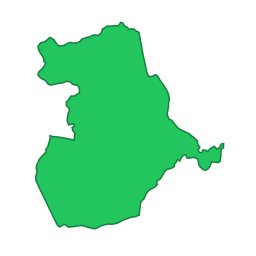 the district of Itaboraí, Rio de Janeiro, Brazil, rotated 185°
{"feature_id": "56859067B95798270573733", "entity_name": "Itaboraí", "entity_type": "district", "adm_level": 2, "iso_a3": "BRA", "parent_name": "Brazil", "parent_adm1": "Rio de Janeiro", "projection": "equal_earth", "projection_center": [-42.864, -22.756], "detail": "fine", "context": "isolated", "style": "filled", "palette": "green", "viewbox_px": 256, "rotation_deg": 185, "n_neighbors": 0, "source": "geoboundaries", "source_scale": "gbopen_adm2", "svg_char_len": 3060}
<svg xmlns="http://www.w3.org/2000/svg" viewBox="0 0 256 256"><g transform="rotate(185 128 128)"><path d="M113.5,40.1L109.2,42.3L109.2,45.7L109.1,49.6L109.1,53.0L108.2,56.5L106.0,58.5L105.2,61.2L104.1,64.4L101.9,67.3L99.8,69.1L96.2,71.4L93.9,74.2L94.9,77.8L92.1,79.3L90.7,81.2L89.1,84.6L87.4,88.2L85.2,90.3L82.9,91.0L80.5,92.1L78.5,93.7L78.4,96.5L77.0,98.2L75.9,100.9L73.5,99.6L72.2,103.4L70.0,106.0L68.0,106.3L66.7,103.2L64.6,103.2L62.7,103.9L60.3,104.4L58.0,104.1L55.8,102.9L54.9,100.3L54.4,97.9L53.0,95.9L50.1,93.3L47.2,92.6L44.7,94.2L42.9,97.2L42.0,101.6L38.8,101.5L35.4,101.4L33.3,102.8L33.2,105.5L33.0,108.4L33.3,110.8L33.4,115.1L31.2,116.3L31.3,120.8L33.4,120.4L34.5,118.4L35.4,116.2L37.6,114.7L40.3,117.3L42.2,116.2L44.4,114.6L46.4,111.6L48.8,112.7L51.6,112.6L52.2,109.8L54.6,109.9L56.3,111.9L54.7,115.0L56.8,117.2L57.8,121.3L59.6,122.8L61.3,124.0L63.9,125.7L67.1,127.9L69.1,128.6L71.5,129.4L73.8,130.3L77.7,131.9L79.8,133.8L82.1,136.2L84.9,139.4L88.2,140.6L89.2,143.1L90.3,145.3L89.9,148.2L89.5,152.7L89.9,156.5L89.2,159.6L90.4,164.4L91.7,167.5L94.6,171.7L96.6,174.1L100.3,178.5L103.3,182.6L105.4,183.5L107.3,182.0L109.8,181.2L112.1,181.3L114.3,185.7L116.7,193.6L117.5,196.4L119.5,202.6L121.8,211.0L125.4,224.2L128.5,225.4L130.7,227.1L133.4,227.1L135.3,226.3L138.0,228.6L140.3,229.3L142.3,232.1L144.6,232.6L146.4,229.0L150.1,228.8L153.4,228.1L156.4,227.8L158.2,227.4L159.9,225.8L162.1,224.4L162.9,220.8L164.7,218.2L166.7,217.7L169.1,217.9L171.4,217.2L173.9,215.6L176.5,214.8L179.3,213.6L181.9,212.4L183.1,210.4L185.1,208.8L187.2,208.3L190.2,207.8L192.9,208.3L196.4,206.5L199.6,204.5L201.8,203.8L204.8,204.1L207.5,206.8L209.2,209.1L211.7,210.7L213.7,211.4L216.3,208.7L218.7,206.4L220.7,206.0L222.7,205.0L224.8,201.3L223.8,198.0L222.4,195.7L220.1,192.9L218.2,190.0L217.4,186.6L215.6,186.1L216.6,183.2L217.8,180.8L219.4,178.6L221.7,176.3L222.5,173.1L220.0,170.7L217.5,169.2L214.5,168.3L212.5,165.9L210.6,164.3L208.2,164.1L204.7,165.3L201.6,166.2L199.8,166.8L197.7,167.0L195.8,167.8L193.7,168.9L191.9,169.2L189.2,168.7L187.2,166.9L185.1,166.2L182.8,166.4L180.8,164.8L179.5,161.6L179.7,158.3L182.2,157.0L184.1,155.1L187.2,155.0L188.8,152.8L190.0,150.4L191.8,148.5L191.3,144.9L189.2,143.2L187.7,141.0L188.8,138.1L189.0,134.7L189.4,131.9L189.0,129.2L187.4,126.0L182.2,127.4L181.7,124.6L183.8,123.8L182.8,120.7L180.3,118.0L180.8,111.1L184.0,111.7L186.0,112.0L193.6,112.7L196.5,112.9L199.7,113.0L202.3,112.9L205.0,113.5L204.6,110.7L205.2,107.5L205.9,105.1L206.1,102.5L208.0,99.7L207.6,96.9L209.2,94.9L210.8,92.9L212.4,90.7L213.8,88.8L214.5,86.0L215.7,83.1L215.9,80.1L214.8,76.4L215.6,71.9L215.2,67.8L211.6,61.4L205.3,50.8L203.8,48.4L201.4,44.3L197.2,37.1L191.9,28.2L189.6,24.9L187.4,23.4L184.5,25.6L182.7,26.5L178.7,24.1L176.2,24.6L174.3,24.9L171.9,25.5L169.2,26.1L165.6,26.8L163.0,26.4L160.5,25.9L158.4,25.5L155.1,24.9L151.6,24.8L149.5,26.1L147.5,27.5L145.7,28.4L143.7,29.3L141.7,29.9L139.5,30.6L137.2,30.6L134.4,31.0L130.1,32.4L127.7,33.9L124.3,36.2L121.0,37.6L118.3,38.9L116.5,39.7L113.5,40.1Z" fill="#22c55e" stroke="#15803d" stroke-width="1.5"/></g></svg>